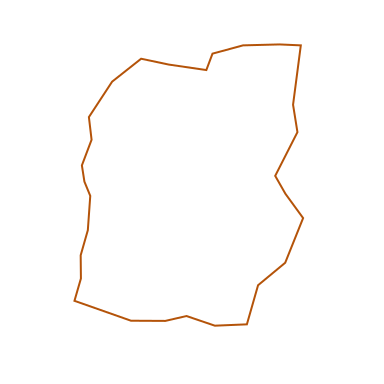 the district of Deneia, Nicosia, Cyprus, rotated 347°
{"feature_id": "46923920B18797471860683", "entity_name": "Deneia", "entity_type": "district", "adm_level": 2, "iso_a3": "CYP", "parent_name": "Cyprus", "parent_adm1": "Nicosia", "projection": "mercator", "projection_center": [33.146, 35.18], "detail": "fine", "context": "isolated", "style": "outline", "palette": "amber", "viewbox_px": 384, "rotation_deg": 347, "n_neighbors": 0, "source": "geoboundaries", "source_scale": "gbopen_adm2", "svg_char_len": 520}
<svg xmlns="http://www.w3.org/2000/svg" viewBox="0 0 384 384"><g transform="rotate(347 192 192)"><path d="M53.0,271.6L103.6,303.7L137.0,311.6L158.7,311.6L184.2,327.4L215.7,333.3L235.4,297.7L266.9,281.9L294.4,242.4L282.6,214.7L276.7,195.0L308.2,157.4L310.1,129.7L331.0,73.6L310.5,67.9L274.7,60.6L243.1,61.8L233.4,76.4L198.0,62.6L172.4,50.7L139.0,66.5L108.4,95.8L105.9,118.5L98.3,129.9L90.7,141.3L89.5,157.7L92.0,172.9L81.9,205.8L69.3,228.6L64.3,251.3L53.0,271.6Z" fill="none" stroke="#b45309" stroke-width="2"/></g></svg>